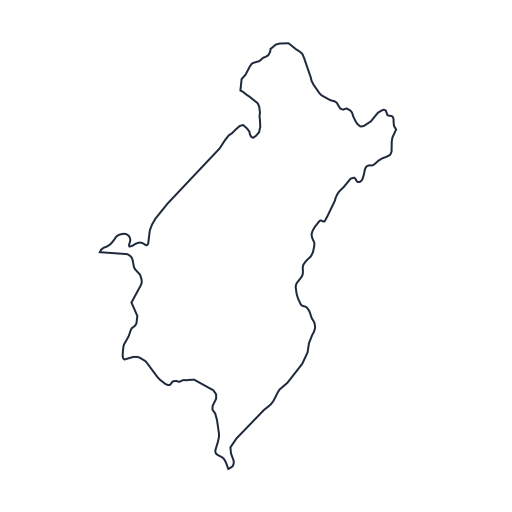 the State of Mérida, rotated 353°
{"feature_id": "VEN-27", "entity_name": "Mérida", "entity_type": "State", "adm_level": 1, "iso_a3": "VEN", "parent_name": "Venezuela", "parent_adm1": "", "projection": "robinson", "projection_center": [-71.244, 8.52], "detail": "fine", "context": "isolated", "style": "outline", "palette": "slate", "viewbox_px": 512, "rotation_deg": 353, "n_neighbors": 0, "source": "natural_earth", "source_scale": "10m", "svg_char_len": 3947}
<svg xmlns="http://www.w3.org/2000/svg" viewBox="0 0 512 512"><g transform="rotate(353 256 256)"><path d="M260.7,89.8L263.3,78.6L267.5,75.0L273.1,67.0L275.3,64.6L277.2,63.9L282.9,63.0L284.5,62.1L286.0,61.0L287.6,60.0L289.6,59.6L292.6,58.3L294.9,55.1L295.7,52.3L295.7,52.2L298.0,50.8L301.3,48.6L305.4,48.0L308.6,48.3L312.2,48.6L314.3,48.9L316.5,51.1L320.9,55.7L324.4,58.5L326.6,61.0L327.9,65.6L330.9,79.8L332.0,84.8L332.5,88.9L333.9,92.8L338.6,101.8L340.5,104.4L348.0,109.9L350.1,111.0L351.2,111.5L352.5,111.8L354.8,113.7L357.5,119.8L359.6,121.1L360.4,121.3L363.9,120.6L367.4,123.1L368.8,125.4L369.6,129.6L371.3,134.5L372.5,137.0L373.7,138.5L375.4,140.1L377.0,140.3L379.3,139.9L386.5,136.3L394.0,129.1L394.9,128.5L397.0,127.5L399.4,126.6L400.6,126.4L401.8,127.0L402.6,127.6L403.6,132.2L405.9,133.2L407.1,133.4L408.2,134.0L408.9,135.1L409.2,136.8L408.9,139.8L408.8,143.8L410.5,147.5L405.9,154.9L404.7,158.8L403.3,168.8L402.2,170.8L401.2,172.1L397.3,173.5L392.8,174.6L389.0,176.4L385.4,178.9L383.5,180.0L381.8,180.3L380.5,180.0L379.2,179.8L377.2,180.3L376.1,181.2L375.2,182.2L374.2,184.6L372.9,188.6L371.2,192.4L370.3,193.6L369.3,194.5L368.2,195.0L367.1,195.2L366.0,194.9L365.2,194.2L364.7,193.1L364.3,191.9L363.6,190.8L362.8,190.2L359.3,190.8L351.4,198.3L346.5,202.0L344.1,204.8L342.0,208.2L341.1,210.6L331.8,225.1L328.3,230.0L327.2,230.0L326.1,229.5L324.9,228.6L323.9,228.7L323.0,229.3L318.0,234.2L316.8,235.7L315.2,238.0L314.4,239.7L313.8,241.2L313.8,242.7L313.9,244.2L314.5,246.9L315.4,249.3L315.4,251.4L314.8,254.1L312.9,259.3L311.5,261.5L310.4,263.0L304.9,267.2L302.6,269.6L301.5,271.3L301.0,273.0L300.7,276.8L300.2,279.8L299.4,281.2L298.6,282.4L293.0,288.0L292.1,289.8L291.6,291.7L291.7,298.2L292.1,301.1L292.7,303.8L294.3,308.8L294.8,309.9L295.6,310.8L296.6,311.4L298.9,312.3L299.8,313.0L300.5,313.9L301.7,316.0L302.5,318.4L303.6,323.9L304.0,325.1L305.7,328.8L306.0,330.7L306.0,334.0L305.2,336.4L303.7,339.2L302.3,341.0L298.0,348.9L295.4,358.0L288.8,368.6L271.7,385.7L263.1,391.4L261.0,394.0L255.7,401.9L253.0,404.7L250.8,406.3L245.1,409.8L214.4,434.7L207.3,442.8L207.1,448.9L208.9,456.6L208.5,459.5L207.3,461.7L205.7,462.7L202.6,464.0L200.9,457.0L199.7,454.0L198.8,452.7L198.2,452.0L197.4,451.4L193.6,448.7L192.8,447.9L192.1,447.0L191.8,445.6L192.0,443.8L195.6,435.7L197.3,430.7L197.6,427.8L197.3,414.1L196.3,407.3L194.5,404.1L194.1,402.9L194.7,399.4L199.0,392.9L199.5,389.3L199.4,388.1L197.3,384.1L179.5,371.2L173.8,370.8L172.1,370.9L169.1,370.3L167.5,370.6L165.2,371.4L163.8,371.4L161.8,370.3L159.3,370.2L157.9,370.5L157.0,371.4L156.2,372.3L155.3,373.1L154.3,373.6L152.6,373.2L150.5,372.0L145.3,366.8L143.5,364.3L134.0,347.6L133.1,346.6L128.5,343.0L126.3,341.8L122.0,341.2L112.9,342.7L111.9,341.7L111.7,340.9L111.5,339.9L111.5,338.9L112.2,334.7L113.5,329.3L114.3,327.6L119.9,320.0L122.7,314.2L123.8,312.6L127.1,310.7L128.4,309.3L129.2,308.1L130.9,301.0L126.7,287.0L138.1,271.0L139.3,268.6L139.6,265.7L138.8,261.1L138.6,260.6L138.3,260.0L134.4,254.5L133.9,253.3L133.5,252.1L133.0,244.6L132.7,243.3L132.1,241.9L131.2,240.7L129.5,239.2L128.2,238.4L101.5,233.2L103.1,230.8L105.9,229.2L109.0,228.5L111.0,227.6L113.0,226.5L115.5,224.3L118.0,221.7L118.7,220.8L119.5,219.9L120.8,219.1L122.6,218.3L125.9,217.8L127.9,217.9L129.4,218.3L130.4,218.9L131.3,219.6L132.1,220.4L132.7,221.5L133.0,222.7L133.2,224.2L133.0,225.6L132.6,226.8L131.5,229.0L131.3,230.1L131.5,231.1L132.7,231.2L134.7,230.7L138.3,229.1L140.5,228.6L142.3,228.5L143.6,228.8L144.7,229.3L145.7,229.9L147.5,231.4L148.4,232.0L149.5,231.7L150.5,230.5L153.6,218.2L154.1,216.9L156.7,212.0L161.0,206.4L174.7,193.1L233.0,144.8L239.3,137.3L243.6,133.0L247.2,131.2L250.7,128.4L255.6,125.0L259.1,124.4L260.8,126.2L262.9,128.7L264.6,131.8L264.8,134.6L265.9,137.3L267.6,138.3L270.6,136.7L274.1,133.6L276.0,128.1L276.5,121.3L276.5,117.9L277.4,114.2L277.4,108.3L276.3,104.6L273.0,101.2L268.7,96.8L266.5,95.0L263.2,91.6L260.7,89.8L260.7,89.8Z" fill="none" stroke="#1e293b" stroke-width="2"/></g></svg>